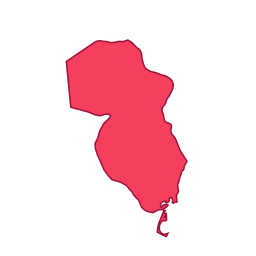 map outline of Ash Sharqiyah (Albers equal-area conic projection), rotated 119°
{"feature_id": "EGY-1535", "entity_name": "Ash Sharqiyah", "entity_type": "Governorate", "adm_level": 1, "iso_a3": "EGY", "parent_name": "Egypt", "parent_adm1": "", "projection": "albers", "projection_center": [31.859, 30.68], "detail": "fine", "context": "isolated", "style": "filled", "palette": "rose", "viewbox_px": 256, "rotation_deg": 119, "n_neighbors": 0, "source": "natural_earth", "source_scale": "10m", "svg_char_len": 2369}
<svg xmlns="http://www.w3.org/2000/svg" viewBox="0 0 256 256"><g transform="rotate(119 128 128)"><path d="M169.1,49.2L169.4,50.3L170.3,51.2L171.8,51.8L171.8,53.1L170.3,53.5L169.2,54.2L168.4,55.2L167.9,56.7L168.6,57.0L169.8,57.9L171.3,56.9L172.6,56.7L173.8,57.0L174.9,57.9L174.9,59.0L173.9,59.0L173.9,60.3L175.4,61.6L177.3,62.5L179.3,62.5L181.1,61.3L181.1,60.2L178.9,60.2L177.4,59.1L176.5,57.3L176.0,55.5L178.2,55.9L181.3,57.5L182.7,57.7L182.8,58.8L185.3,62.2L187.6,63.5L190.2,65.5L191.6,70.8L191.7,72.9L191.5,75.1L190.6,77.9L186.1,83.5L184.0,90.1L181.9,93.7L181.0,96.8L179.1,101.1L179.0,107.9L181.0,117.2L179.4,121.8L176.2,128.6L166.2,141.9L161.5,146.7L157.4,149.3L153.0,149.5L149.1,150.0L146.8,150.8L142.8,151.4L136.2,151.4L135.7,151.3L128.8,149.2L128.3,149.3L127.9,149.2L127.0,149.0L126.3,148.9L125.9,149.1L125.6,149.7L125.5,151.6L126.3,153.4L127.9,155.6L129.7,157.0L131.1,159.0L132.5,163.4L133.1,169.8L137.6,188.1L99.7,214.2L68.1,198.2L66.7,196.8L65.4,195.1L64.1,191.5L62.8,188.7L61.7,184.4L60.2,182.1L58.7,180.2L57.3,178.8L56.2,177.2L54.8,174.1L52.2,171.9L51.1,170.6L51.4,165.8L53.4,159.6L53.6,156.6L54.5,154.6L56.2,152.4L60.1,149.7L63.4,146.7L66.9,142.7L67.6,139.1L67.5,135.7L67.2,134.1L66.2,130.9L65.5,125.9L64.2,119.9L64.3,116.3L64.8,113.8L65.7,111.9L67.0,110.4L68.5,109.2L70.9,108.3L73.8,107.7L81.2,107.6L82.6,107.8L84.1,107.9L86.5,107.5L87.9,107.1L92.9,107.7L94.8,107.5L97.2,106.1L98.7,104.1L103.4,100.1L104.3,98.5L104.5,97.0L103.9,94.2L104.0,92.2L105.1,90.9L106.5,90.4L108.1,89.9L109.3,89.4L111.2,87.9L112.2,86.2L113.0,84.1L114.4,81.2L122.3,71.7L127.9,61.3L128.6,60.3L128.9,60.2L129.7,60.2L130.4,60.2L131.4,60.4L132.2,60.4L132.5,60.4L133.1,60.2L133.8,60.1L135.0,60.0L135.3,59.9L136.6,59.3L137.2,59.2L137.6,59.2L137.9,59.2L139.1,59.7L139.7,59.9L140.1,59.9L140.4,59.9L141.1,59.7L142.1,59.2L142.4,59.2L144.6,59.0L151.6,57.3L153.4,57.1L153.8,57.0L154.1,56.9L158.7,53.2L159.3,53.0L160.0,52.9L162.7,53.0L163.0,53.0L164.5,52.3L169.1,49.2ZM182.6,56.5L182.1,55.4L184.5,55.3L185.2,55.4L185.2,54.1L184.6,54.0L184.4,53.8L184.5,53.6L184.2,53.1L184.5,52.9L186.3,51.7L186.3,52.8L186.8,53.0L187.4,52.9L188.3,53.0L187.7,51.1L188.9,49.9L190.6,49.7L192.2,52.6L194.1,53.3L196.5,53.4L198.6,53.0L202.2,50.9L203.9,47.8L203.4,44.5L200.7,42.0L204.3,41.8L204.6,42.1L204.9,51.8L201.0,53.7L195.6,55.0L182.6,56.5L182.6,56.5Z" fill="#f43f5e" stroke="#9f1239" stroke-width="1.5"/></g></svg>